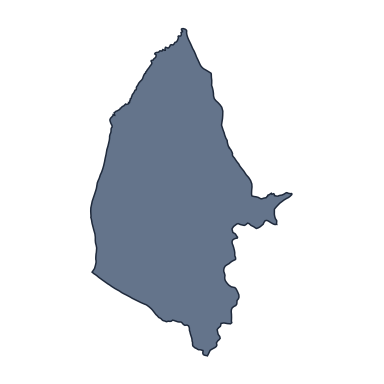 the district of Preah Sdach, Prey Vêng, Cambodia, rotated 184°
{"feature_id": "14789045B92288300467982", "entity_name": "Preah Sdach", "entity_type": "district", "adm_level": 2, "iso_a3": "KHM", "parent_name": "Cambodia", "parent_adm1": "Prey Vêng", "projection": "mercator", "projection_center": [105.359, 11.079], "detail": "fine", "context": "isolated", "style": "filled", "palette": "slate", "viewbox_px": 384, "rotation_deg": 184, "n_neighbors": 0, "source": "geoboundaries", "source_scale": "gbopen_adm2", "svg_char_len": 6039}
<svg xmlns="http://www.w3.org/2000/svg" viewBox="0 0 384 384"><g transform="rotate(184 192 192)"><path d="M165.2,29.6L164.0,32.4L163.8,33.0L162.8,35.4L160.4,37.1L158.3,38.4L157.0,39.6L156.5,41.0L157.1,43.2L155.9,45.3L154.6,46.6L153.7,48.0L154.3,49.9L155.9,51.7L156.3,52.9L157.3,56.4L156.7,57.5L155.8,58.6L154.3,60.0L154.0,61.5L153.9,62.9L151.1,63.6L147.5,63.2L144.4,63.2L143.2,64.4L143.7,65.9L143.7,67.1L143.8,69.6L144.1,72.8L144.5,75.3L144.5,77.4L143.8,79.3L142.1,80.8L140.4,81.8L139.5,83.4L139.5,85.1L139.5,86.9L138.2,88.8L137.8,90.4L138.1,92.7L139.0,94.5L139.9,96.2L141.2,98.3L141.6,98.8L142.7,99.7L143.4,99.7L144.9,100.0L146.1,100.1L147.3,100.8L148.7,101.6L149.9,102.7L151.3,104.2L152.5,105.8L153.2,107.4L153.4,109.0L153.3,111.2L153.8,112.7L154.8,115.1L154.9,116.7L154.6,118.6L153.7,120.4L152.7,121.3L151.2,122.4L150.2,123.0L148.9,124.3L147.5,125.5L146.3,126.3L144.9,127.1L143.9,127.7L143.8,128.5L144.1,130.0L144.8,131.1L145.0,132.8L145.1,134.4L145.6,136.6L146.2,138.4L146.6,139.6L147.3,141.4L148.2,143.2L148.6,145.1L148.2,146.8L147.0,147.9L145.5,148.7L143.6,149.2L143.4,150.1L144.1,150.8L145.6,152.9L146.3,153.5L147.2,153.9L148.4,154.5L149.0,156.3L149.4,157.5L149.4,158.3L148.8,159.3L148.1,160.5L145.2,163.1L143.8,163.7L141.5,162.9L137.6,162.3L136.8,162.6L135.7,163.5L134.4,164.8L132.9,164.5L130.8,162.8L128.3,161.8L125.3,160.1L123.7,160.7L121.8,161.9L120.4,163.2L118.7,164.9L118.2,166.5L117.0,168.5L115.4,168.9L113.9,168.4L110.9,166.8L108.5,165.7L106.8,165.3L106.0,165.6L105.2,165.6L105.5,166.6L105.4,167.1L105.5,168.1L105.4,168.8L105.6,169.5L106.8,171.0L107.5,172.5L108.0,174.2L108.3,175.6L108.5,178.8L108.6,179.9L108.5,180.8L106.9,183.0L105.7,184.5L103.7,186.9L99.7,190.4L97.3,192.1L95.4,193.2L93.9,194.5L92.3,196.3L92.2,197.0L92.6,197.4L93.5,197.2L95.8,197.4L96.6,197.8L97.9,197.9L98.7,197.3L100.4,196.1L102.1,195.2L103.6,194.9L104.9,194.5L105.9,193.9L107.1,193.8L108.5,194.0L109.5,194.1L109.7,195.5L110.6,196.0L112.1,195.3L112.7,196.3L113.4,195.9L114.7,194.7L115.9,194.3L116.4,193.5L116.3,192.9L117.2,192.3L117.6,191.5L120.0,190.9L121.1,190.4L122.3,190.0L123.3,190.2L125.7,191.3L127.9,191.7L129.5,191.8L131.4,192.1L132.1,192.4L132.5,194.4L132.6,197.8L132.5,201.2L132.9,204.2L134.3,207.4L136.4,210.3L139.2,213.0L141.8,216.5L144.4,219.3L145.4,220.4L146.3,221.5L147.3,223.2L149.1,225.1L150.4,226.7L152.0,228.8L153.2,230.0L154.0,231.0L154.3,232.0L154.3,233.3L155.1,235.0L156.2,236.8L157.0,237.7L157.9,238.4L157.8,239.1L158.6,239.6L158.9,240.3L159.3,241.2L159.8,242.6L160.3,244.4L160.5,245.8L161.1,246.8L161.9,247.9L163.4,251.2L164.1,253.4L164.7,254.6L165.4,256.2L167.2,260.7L167.1,262.6L166.7,267.3L166.7,270.5L166.9,274.8L168.2,278.6L170.0,280.8L172.1,282.8L174.6,284.8L176.3,286.7L177.2,289.3L177.5,292.0L178.1,294.8L179.0,297.7L179.9,299.8L179.9,301.7L180.1,304.8L180.6,307.4L180.8,309.1L181.0,311.0L181.3,311.8L183.1,312.8L186.4,314.5L189.1,315.8L190.3,316.7L191.6,317.9L192.8,319.6L195.4,324.4L196.9,327.0L198.0,329.4L199.6,332.5L201.3,335.1L203.6,339.5L206.0,343.7L207.1,345.9L208.0,348.2L208.4,349.8L208.6,351.3L208.5,352.0L208.7,352.8L209.4,353.5L210.0,353.9L212.0,354.4L213.4,354.2L213.9,353.7L213.7,352.8L212.8,352.0L212.7,351.2L213.6,350.8L214.1,350.2L213.8,349.6L213.6,348.1L214.2,346.8L215.1,346.7L216.1,346.8L216.7,346.3L216.4,345.3L216.5,344.1L217.0,342.4L217.8,340.9L218.5,340.4L219.5,340.0L219.8,339.3L220.3,338.4L221.1,337.5L221.9,337.4L223.1,337.5L223.9,337.0L224.4,335.5L225.3,334.2L226.1,333.9L227.2,334.3L228.5,334.5L228.9,333.4L228.6,331.5L229.3,331.4L230.3,331.8L231.0,332.1L231.3,331.7L231.6,330.7L232.0,330.5L233.2,330.6L234.0,330.5L235.0,329.2L236.0,328.9L237.3,328.7L238.2,328.2L238.7,327.7L238.8,327.1L238.0,326.7L237.3,326.1L237.4,324.6L237.7,323.7L239.4,322.1L240.0,320.9L241.8,320.3L242.0,319.8L241.5,319.0L241.1,318.0L241.1,317.1L241.5,316.3L242.0,315.6L242.8,314.4L243.3,313.4L245.2,310.6L245.9,309.1L246.6,308.4L246.7,307.1L247.5,306.7L247.7,306.2L248.1,305.4L248.6,303.9L249.2,301.6L250.1,300.1L251.4,298.7L252.7,296.9L253.8,294.3L254.4,293.5L254.8,292.5L254.7,291.5L254.7,290.7L254.9,290.1L256.0,289.5L256.4,288.3L257.0,286.9L258.1,285.3L258.5,284.5L258.6,283.7L259.0,282.5L259.3,281.0L260.2,280.4L259.9,279.4L260.5,278.5L260.4,277.8L260.6,277.0L261.5,276.9L261.2,276.1L262.0,275.3L263.6,274.8L264.5,275.1L264.8,274.5L265.3,274.1L266.0,273.2L267.6,272.3L268.4,271.1L269.4,270.5L269.8,269.4L271.4,268.3L272.5,267.6L273.4,267.3L274.1,266.5L275.2,265.7L274.5,263.2L275.1,263.3L276.1,263.6L276.1,262.8L277.0,261.6L278.4,259.9L278.9,258.6L278.8,257.4L277.8,255.0L276.4,252.7L276.2,251.3L277.0,250.0L277.1,248.7L277.0,247.0L277.2,245.4L277.8,243.7L278.1,242.0L278.0,239.8L278.1,237.8L279.0,232.2L279.9,228.2L280.3,223.8L280.9,219.9L281.4,215.7L282.0,211.9L282.7,208.7L283.6,205.4L284.6,202.8L285.5,199.2L286.4,196.8L287.1,194.5L287.6,189.0L288.2,186.3L289.1,182.7L290.0,179.3L290.9,175.8L291.8,169.1L291.7,165.8L291.2,161.8L291.0,160.6L291.2,159.9L290.3,157.2L289.5,153.8L287.4,147.5L285.9,143.4L285.3,140.2L285.1,136.9L284.7,134.5L283.8,131.9L283.2,129.5L283.2,125.0L283.4,123.4L283.4,120.2L283.3,118.3L282.9,116.6L282.8,114.9L283.2,112.2L283.9,108.9L285.3,106.4L286.1,105.1L284.2,103.7L282.7,102.9L281.1,101.9L279.1,100.4L275.6,98.2L269.4,94.4L267.8,93.6L265.9,92.4L262.1,90.3L257.5,88.2L255.2,86.8L252.8,85.7L250.8,84.9L246.5,83.0L244.2,81.8L235.1,78.1L231.7,76.9L230.0,76.4L229.2,76.0L226.7,74.4L224.9,73.0L223.4,71.7L219.4,67.2L218.2,66.3L216.4,64.5L215.3,64.1L214.0,63.4L212.5,62.0L211.5,61.6L210.5,61.5L209.4,61.1L208.4,60.8L206.6,61.5L205.9,61.4L204.7,61.4L203.6,61.7L202.5,62.8L200.9,62.6L200.1,62.3L198.5,61.9L197.5,61.6L195.8,61.4L195.0,61.5L193.9,61.5L192.9,60.9L192.0,59.9L191.2,59.2L189.8,58.5L187.8,58.9L186.2,58.3L185.2,56.4L184.9,53.8L184.3,52.3L183.7,50.3L182.9,48.3L182.1,46.3L181.8,45.3L181.5,43.3L181.0,42.2L180.8,40.0L180.5,38.6L178.7,37.1L177.7,36.5L176.9,36.4L175.5,35.5L174.3,35.1L173.3,35.2L171.9,35.1L170.7,34.7L170.1,34.7L169.8,34.1L170.0,33.1L170.0,32.3L169.8,31.4L169.2,30.5L167.8,30.0L166.0,29.8L165.2,29.6Z" fill="#64748b" stroke="#1e293b" stroke-width="1.5"/></g></svg>